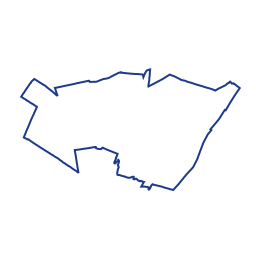 Vrata, Mehedinti, Romania, rotated 274°
{"feature_id": "2599482B32137491350776", "entity_name": "Vrata", "entity_type": "district", "adm_level": 2, "iso_a3": "ROU", "parent_name": "Romania", "parent_adm1": "Mehedinti", "projection": "albers", "projection_center": [22.837, 44.188], "detail": "fine", "context": "isolated", "style": "outline", "palette": "blue", "viewbox_px": 256, "rotation_deg": 274, "n_neighbors": 0, "source": "geoboundaries", "source_scale": "gbopen_adm2", "svg_char_len": 5636}
<svg xmlns="http://www.w3.org/2000/svg" viewBox="0 0 256 256"><g transform="rotate(274 128 128)"><path d="M188.0,146.0L187.9,145.6L186.8,142.9L186.4,142.6L184.4,141.4L179.8,139.8L181.5,139.3L182.0,139.2L182.3,139.1L182.4,138.9L182.5,135.2L182.5,133.1L182.4,132.8L182.4,132.3L182.4,131.0L182.4,129.0L182.4,126.5L182.4,125.7L182.5,125.3L182.5,122.2L182.6,121.3L182.6,120.0L182.7,119.1L182.7,118.0L182.6,117.2L183.1,117.0L183.0,116.8L183.0,116.7L182.5,115.1L182.3,114.7L180.6,111.9L180.4,111.4L179.9,110.5L179.0,109.2L178.5,108.2L177.2,106.3L177.1,106.1L176.8,105.7L176.4,104.9L176.0,103.7L175.7,102.6L175.6,102.1L175.1,100.0L174.9,99.5L173.3,96.1L172.7,94.9L172.1,93.6L172.0,93.2L171.8,92.0L171.8,91.9L171.7,90.6L171.3,86.7L171.6,86.3L172.2,86.1L172.4,85.9L172.4,85.7L172.3,85.3L169.8,76.5L169.1,73.9L168.9,73.5L168.8,73.1L167.9,70.2L167.2,67.7L166.5,65.2L166.0,63.3L165.0,59.9L163.4,54.3L162.9,52.3L155.7,55.2L155.5,54.7L159.0,50.2L161.5,46.4L163.1,44.2L164.6,42.1L164.9,41.4L165.6,39.9L166.8,37.7L168.8,34.0L170.4,31.1L167.5,28.4L167.1,28.2L166.2,27.9L165.8,27.4L165.7,27.3L161.3,24.8L159.2,23.5L156.4,22.0L155.8,21.7L154.8,20.9L154.2,20.6L153.8,20.4L153.0,20.0L151.7,19.3L150.5,21.5L150.1,22.1L149.7,23.2L149.0,24.2L148.4,25.2L148.2,25.6L147.9,26.3L147.7,26.7L147.3,27.5L146.8,28.2L146.2,29.2L145.7,30.4L145.3,30.9L145.2,31.6L145.0,31.8L144.0,33.4L143.8,33.9L143.2,34.9L142.8,35.7L142.7,35.7L140.6,34.9L139.9,34.7L137.5,33.8L137.0,33.6L134.4,32.7L133.1,32.1L129.3,30.7L124.9,29.3L116.3,26.3L115.7,26.2L113.5,25.4L111.3,24.7L110.8,25.6L110.2,27.5L109.6,28.4L109.8,28.6L109.8,28.8L109.7,29.2L109.5,29.8L109.4,30.0L109.2,30.3L108.1,32.0L107.8,32.5L107.5,33.0L106.4,34.9L106.1,35.5L105.4,36.6L105.3,36.9L104.7,37.9L104.5,38.4L103.3,40.5L103.0,41.1L102.5,41.8L102.1,42.7L99.1,48.2L98.8,48.9L97.7,50.8L97.6,51.2L97.3,51.6L96.2,53.5L96.2,53.8L95.6,54.9L95.3,55.5L94.7,56.4L94.5,56.7L94.4,56.9L94.2,57.3L94.1,57.7L93.7,58.3L93.3,59.3L92.5,60.7L91.4,62.2L90.7,63.4L90.6,63.6L90.3,64.1L89.9,64.8L89.5,65.1L89.3,65.4L89.0,65.8L88.8,66.3L88.5,66.9L88.4,67.4L87.7,68.2L87.5,68.6L87.2,69.4L86.9,69.7L86.0,71.2L85.7,71.8L85.6,72.3L84.9,73.5L84.8,73.8L84.6,74.1L84.4,74.3L83.8,75.2L83.7,75.4L83.2,76.0L82.8,77.0L82.1,78.2L81.9,78.6L80.9,80.3L80.5,80.7L80.2,81.0L80.4,81.6L90.0,79.3L98.4,77.4L102.1,76.4L102.3,76.4L102.3,76.9L102.6,77.9L102.7,78.9L103.5,82.3L103.8,83.8L104.3,85.7L104.6,87.6L105.1,89.5L105.1,90.0L105.9,92.8L106.2,94.1L106.5,95.3L106.8,96.7L106.8,97.1L106.7,97.3L105.9,97.2L105.8,97.4L105.6,97.7L105.2,98.8L105.1,99.7L105.1,100.2L105.0,102.2L105.0,102.4L105.5,102.8L105.6,103.1L105.8,103.4L106.4,103.6L106.6,103.8L106.6,104.2L106.3,104.8L105.9,105.9L105.7,106.6L105.0,108.4L102.1,117.4L101.5,119.2L101.5,119.4L101.3,119.4L98.3,118.5L97.8,118.1L97.4,118.2L96.7,118.0L96.4,118.1L94.6,117.4L92.9,116.8L92.1,116.8L91.7,117.2L91.7,117.4L91.9,117.8L93.5,119.1L94.0,119.8L94.7,120.3L95.3,120.3L95.6,120.5L95.4,120.7L95.0,121.0L94.5,121.3L94.1,121.4L92.0,121.0L90.6,120.4L90.3,120.5L89.9,120.9L88.9,121.0L88.4,121.4L88.2,121.5L87.8,121.4L86.1,120.8L83.9,120.5L81.9,120.4L81.3,120.6L80.8,120.6L80.6,120.7L80.4,121.9L80.4,122.2L80.5,122.9L80.4,123.3L80.2,123.8L80.0,124.7L79.9,125.1L79.7,125.8L79.6,126.7L79.4,127.0L79.4,127.6L79.4,127.9L79.4,128.2L79.2,128.3L79.1,129.0L78.7,129.8L78.6,130.8L78.5,131.2L78.4,131.6L78.5,132.2L78.5,132.5L78.4,132.9L78.4,133.3L78.5,133.6L78.8,134.0L79.1,134.6L79.1,135.0L79.3,135.3L79.6,135.7L79.7,136.2L79.8,136.6L79.7,137.1L78.7,137.2L77.6,137.0L77.4,137.0L77.2,137.7L77.2,137.8L77.5,138.5L77.7,138.8L77.9,139.0L78.0,139.4L78.0,139.7L77.6,140.1L77.5,140.4L77.3,140.9L76.9,141.3L76.5,141.5L76.2,142.1L76.1,142.6L75.9,142.9L75.8,143.7L75.9,144.1L76.1,144.1L76.1,144.3L76.0,144.9L75.8,145.0L75.8,145.3L75.7,146.0L75.5,146.6L75.5,146.8L75.4,147.0L75.2,147.3L75.2,147.6L74.0,146.9L73.1,146.6L71.4,145.8L70.4,145.3L70.4,145.9L70.5,146.4L70.7,147.9L70.7,148.6L70.6,150.2L70.5,150.3L70.5,151.5L70.5,151.9L70.1,152.6L69.3,152.7L68.4,152.7L68.2,152.8L68.0,153.1L68.4,153.4L69.0,153.9L69.1,154.0L69.3,154.2L69.5,154.2L69.8,154.3L70.1,154.3L70.1,154.2L70.3,154.2L70.4,154.3L71.1,154.9L71.4,154.8L72.6,155.4L72.4,155.4L72.4,155.5L72.8,155.9L73.0,155.9L73.6,156.4L73.4,157.2L72.9,158.8L72.9,159.3L72.9,159.5L72.8,160.6L72.6,161.1L72.4,162.6L71.8,166.0L71.5,167.4L71.2,168.1L69.3,177.4L75.7,182.5L85.4,189.3L93.4,195.7L101.6,199.2L110.2,201.7L118.8,204.3L127.1,208.0L131.7,211.3L132.4,210.3L143.1,218.1L152.8,223.3L152.4,224.2L160.7,228.3L168.5,232.5L175.6,236.7L179.8,230.4L179.6,230.1L179.9,229.8L179.9,229.5L179.5,228.6L180.3,227.8L180.6,227.6L181.4,226.6L180.1,225.5L179.8,225.3L179.9,224.6L179.7,224.4L178.0,222.8L177.4,222.2L176.6,220.8L176.4,220.5L175.9,219.6L175.0,218.0L174.2,216.7L173.6,215.5L172.1,213.4L171.4,212.5L172.3,210.1L173.3,206.1L173.4,205.8L173.4,205.4L173.5,205.1L173.5,204.8L173.6,204.3L173.8,203.6L174.0,202.8L174.0,202.3L174.7,199.9L174.8,199.2L174.9,198.8L175.2,197.5L175.5,196.3L175.5,195.9L175.7,195.6L175.7,194.8L176.0,193.9L176.3,192.5L176.6,191.3L176.9,190.4L176.9,190.2L177.0,189.8L177.3,189.0L177.4,188.4L177.6,187.6L177.6,187.0L177.7,186.7L177.8,186.4L178.0,185.4L178.1,184.7L178.5,183.4L178.8,182.7L179.1,181.8L179.2,181.2L179.2,180.8L179.2,180.5L179.3,180.1L179.5,179.1L179.7,178.1L179.8,177.4L179.9,177.1L180.5,176.3L181.2,174.3L181.6,173.6L181.7,173.2L182.5,171.4L183.0,169.9L183.2,169.1L183.5,168.1L183.8,167.1L184.2,166.0L184.1,165.8L179.1,158.9L176.5,154.7L175.7,153.4L174.1,150.9L171.6,146.7L170.8,145.5L171.0,145.4L171.5,145.4L174.7,145.6L175.4,145.7L177.2,145.9L179.2,145.8L181.1,145.9L182.2,146.0L184.1,145.9L188.0,146.0Z" fill="none" stroke="#1e3a8a" stroke-width="2"/></g></svg>